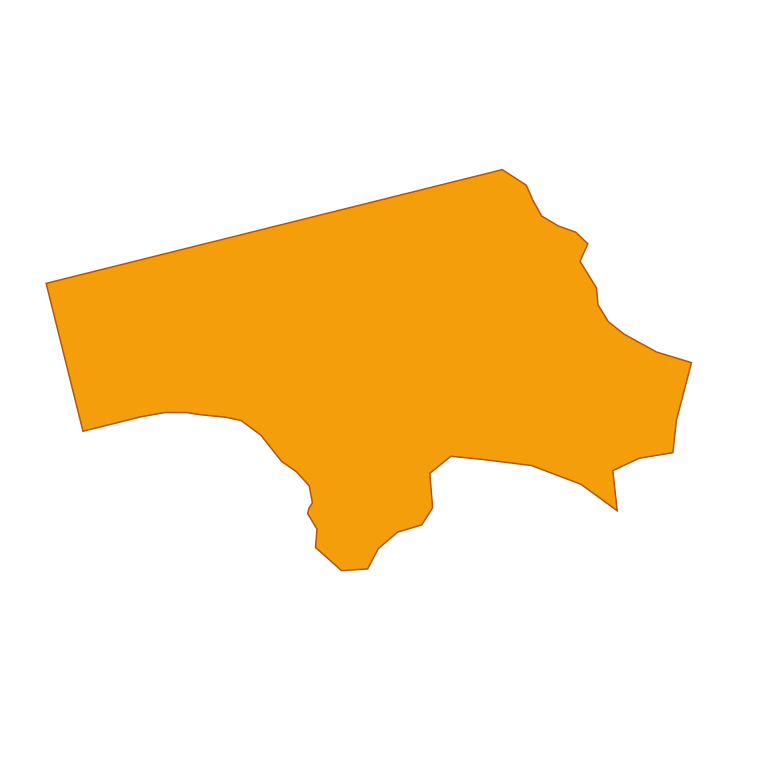 the District of Rakai, rotated 166°
{"feature_id": "UGA-3361", "entity_name": "Rakai", "entity_type": "District", "adm_level": 1, "iso_a3": "UGA", "parent_name": "Uganda", "parent_adm1": "", "projection": "mercator", "projection_center": [31.493, -0.733], "detail": "fine", "context": "isolated", "style": "filled", "palette": "amber", "viewbox_px": 768, "rotation_deg": 166, "n_neighbors": 0, "source": "natural_earth", "source_scale": "10m", "svg_char_len": 806}
<svg xmlns="http://www.w3.org/2000/svg" viewBox="0 0 768 768"><g transform="rotate(166 384 384)"><path d="M687.5,563.4L569.1,563.4L447.1,563.4L325.2,563.4L217.4,563.4L210.5,556.0L197.8,542.4L195.0,525.7L190.3,508.7L176.4,495.0L161.2,484.9L152.3,470.7L164.1,455.6L154.6,425.8L157.2,409.0L151.2,390.1L139.0,374.3L112.0,349.2L80.5,330.3L109.0,278.2L120.3,247.5L154.4,250.2L182.9,244.6L188.4,204.6L217.0,238.9L260.6,269.2L305.4,286.5L336.5,297.7L361.1,286.3L366.8,252.1L381.4,238.2L406.6,237.0L429.4,225.6L444.6,208.5L470.4,213.2L490.0,242.0L484.1,259.4L489.4,276.7L486.8,281.8L482.2,286.1L481.2,303.2L490.3,320.2L502.0,333.5L515.9,364.2L531.5,383.1L545.5,390.0L570.1,398.8L582.3,404.0L603.4,409.3L627.9,411.0L687.5,411.0L687.5,563.3L687.5,563.4Z" fill="#f59e0b" stroke="#b45309" stroke-width="1.5"/></g></svg>